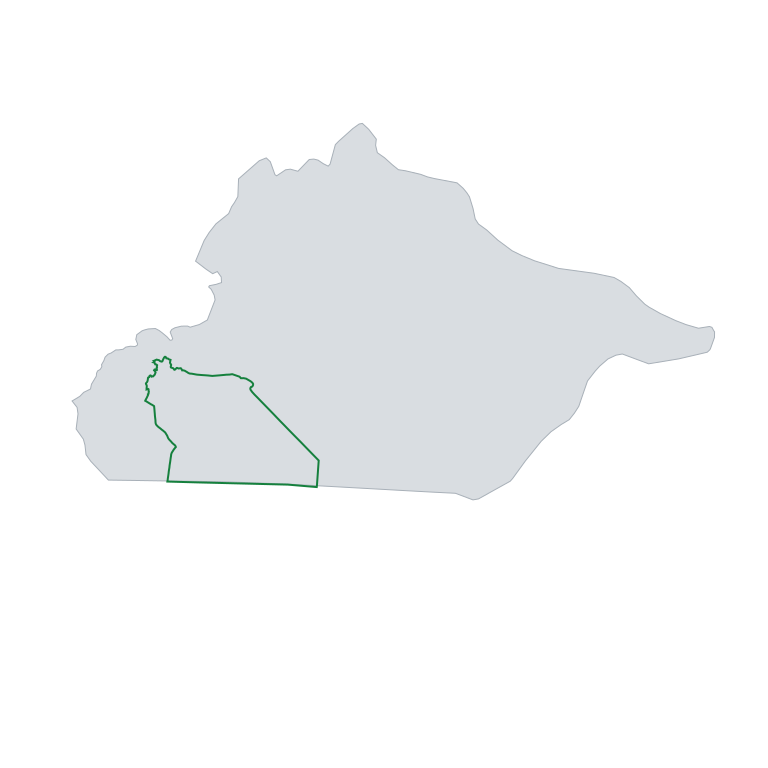 location of Duma, Rif Dimashq, Syria, rotated 37°
{"feature_id": "27442178B16442606574703", "entity_name": "Duma", "entity_type": "district", "adm_level": 2, "iso_a3": "SYR", "parent_name": "Syria", "parent_adm1": "Rif Dimashq", "projection": "equal_earth", "projection_center": [36.727, 33.326], "detail": "fine", "context": "in_parent", "style": "outline", "palette": "green", "viewbox_px": 768, "rotation_deg": 37, "n_neighbors": 0, "source": "geoboundaries", "source_scale": "gbopen_adm2", "svg_char_len": 5723}
<svg xmlns="http://www.w3.org/2000/svg" viewBox="0 0 768 768"><g transform="rotate(37 384 384)"><path d="M153.9,274.3L159.4,274.9L171.0,282.5L173.0,282.3L176.5,272.2L179.9,268.8L187.2,265.9L189.2,249.7L192.6,246.6L196.6,244.9L202.9,244.6L208.3,243.6L208.6,240.8L201.1,222.1L201.7,217.4L205.4,198.6L207.7,191.3L209.9,188.9L218.5,189.8L230.5,193.1L233.7,198.5L239.5,203.3L248.4,203.0L258.5,203.9L266.5,204.2L272.8,200.8L287.1,194.5L294.2,192.4L300.6,189.6L321.3,179.4L329.6,180.1L335.3,181.5L339.6,183.1L349.4,190.2L357.5,197.3L363.2,199.4L373.4,199.2L388.1,200.6L406.1,200.5L416.7,198.5L430.1,195.0L453.9,186.6L485.2,169.1L503.6,160.5L511.6,159.5L521.9,159.4L532.4,161.7L544.2,163.3L549.6,163.1L562.4,161.4L578.9,157.8L589.2,154.9L601.6,150.2L609.3,142.2L611.8,141.4L615.1,142.9L616.6,143.4L619.9,147.9L623.5,159.5L623.6,160.8L623.0,164.1L615.1,173.6L604.2,186.6L596.4,194.8L583.2,208.6L573.2,211.6L556.3,216.6L551.9,221.4L547.8,229.2L545.5,239.9L544.9,246.6L544.7,259.1L548.9,272.1L553.0,284.6L553.6,292.8L553.4,301.0L549.9,309.7L546.1,321.6L544.0,335.2L543.2,360.5L543.6,382.1L543.3,385.7L536.5,401.0L528.6,418.9L524.8,423.0L506.8,428.3L487.3,441.5L465.4,456.2L445.5,469.5L424.6,483.5L402.8,498.1L387.3,508.5L366.4,522.5L347.4,535.8L328.1,549.3L313.4,559.6L291.1,575.9L278.0,585.5L258.8,599.5L241.8,611.9L221.7,626.6L196.4,622.2L188.5,619.7L181.9,612.7L177.1,609.0L165.2,605.2L157.6,592.0L153.0,587.4L145.1,585.3L148.5,576.9L149.2,571.4L152.6,564.6L150.5,560.2L149.5,550.8L148.0,548.5L147.4,546.0L148.6,543.0L148.2,539.9L146.8,538.6L146.2,533.9L145.1,530.4L145.7,526.2L147.4,523.5L149.3,518.2L151.4,516.6L154.7,513.3L155.6,509.9L158.7,506.5L162.7,503.8L163.6,501.5L163.1,500.3L159.0,497.8L156.9,493.4L158.8,487.1L160.1,485.1L162.5,482.0L168.0,477.3L172.2,476.6L175.9,476.6L182.1,476.9L186.9,477.8L188.1,476.6L188.0,475.0L182.0,471.2L181.7,468.2L183.2,464.9L187.4,459.7L192.4,455.9L195.0,455.3L200.7,447.7L204.4,439.2L198.5,418.5L194.9,415.2L189.1,412.4L185.6,412.0L185.4,410.6L190.0,405.4L193.2,400.8L189.6,396.5L183.2,394.5L180.8,399.0L172.5,399.4L159.6,399.3L154.0,377.6L153.2,368.2L153.4,357.3L157.4,341.4L155.6,334.1L155.4,329.1L154.5,322.3L144.4,307.7L150.0,280.8L153.9,274.3Z" fill="#d9dde1" stroke="#a8b0b8" stroke-width="1"/><path d="M187.2,505.3L187.7,505.1L188.7,505.5L189.5,506.0L189.9,505.8L190.5,505.4L191.5,505.5L192.4,507.3L192.9,507.6L192.9,507.9L192.9,508.3L193.2,508.6L193.7,509.0L194.2,509.4L194.2,509.7L193.6,510.1L193.0,510.0L192.3,510.2L192.0,510.7L192.2,511.5L193.1,511.3L193.4,511.7L194.1,512.0L194.7,512.4L194.8,513.0L195.0,513.5L195.3,514.6L195.3,514.8L195.1,515.3L195.1,516.1L195.1,516.7L194.5,517.1L194.1,517.9L192.7,517.6L192.2,517.8L192.0,518.3L191.9,518.7L192.0,519.1L192.4,519.7L192.1,520.3L191.8,520.8L191.9,521.3L192.3,521.9L192.8,522.8L193.2,523.6L193.4,524.1L193.6,525.1L193.5,526.1L193.5,526.8L193.8,527.1L194.2,527.4L195.1,527.8L195.6,528.2L196.2,529.0L196.9,530.2L197.6,531.2L197.8,530.8L198.5,529.9L199.1,529.9L199.7,530.6L200.1,531.2L200.7,531.5L201.2,532.5L201.8,533.5L201.7,533.7L201.7,533.8L201.7,534.0L201.6,534.3L202.2,534.9L202.8,537.7L203.2,540.3L203.4,541.1L204.8,540.9L207.1,540.7L210.4,540.4L211.2,540.2L212.7,540.1L213.5,540.0L213.8,540.1L214.4,540.8L214.8,541.2L215.8,542.3L216.6,543.2L217.3,544.0L218.2,545.0L219.2,546.1L219.6,546.6L220.7,547.8L223.3,550.5L223.7,551.0L224.5,552.0L225.1,552.6L225.5,553.0L226.0,553.3L226.6,553.6L227.6,553.8L228.1,553.9L228.7,554.0L229.9,554.1L231.7,554.1L232.5,554.1L233.5,554.2L234.6,554.2L236.0,554.2L236.7,554.3L237.8,554.3L238.8,554.5L239.4,554.8L240.8,555.3L242.2,555.9L242.8,556.3L243.8,556.9L244.6,557.3L246.1,557.7L248.6,558.1L249.5,558.3L250.1,558.5L250.6,558.5L251.3,558.6L251.5,558.6L252.8,558.7L253.2,558.7L253.3,558.7L254.2,558.8L255.1,559.2L255.7,559.6L255.6,560.6L255.6,561.4L255.6,561.9L255.6,562.4L255.5,562.6L255.7,564.3L255.7,564.7L255.8,565.6L255.8,566.3L256.0,567.1L256.4,568.3L257.3,569.8L257.9,571.0L258.8,572.6L260.1,574.9L261.2,577.0L261.8,578.1L262.9,579.9L264.1,582.2L265.1,584.0L265.5,584.6L266.0,585.5L266.4,586.2L267.6,588.4L268.3,589.7L268.8,590.5L269.1,591.1L269.7,592.3L295.0,574.3L367.8,522.2L392.3,506.8L391.5,505.4L377.9,484.4L368.0,482.9L360.3,481.7L352.0,480.4L343.1,479.1L335.8,478.0L328.8,476.9L324.1,476.2L317.9,475.2L313.7,474.5L307.9,473.6L298.2,472.1L294.3,471.5L291.8,471.1L287.0,470.4L283.4,469.7L280.9,468.9L280.1,468.3L279.7,467.5L279.6,467.0L279.6,466.5L280.0,466.1L280.3,464.9L280.1,463.8L280.0,463.5L279.7,463.1L279.4,462.7L278.7,462.4L278.4,462.3L278.0,462.2L277.8,462.2L277.6,462.2L277.4,462.2L277.0,462.1L276.7,462.1L275.7,462.1L274.1,462.3L272.5,462.5L270.7,462.7L268.4,463.8L266.2,465.5L264.3,465.1L262.1,465.8L259.9,466.5L258.7,466.9L258.3,467.0L257.5,467.3L256.9,467.5L254.8,469.6L252.9,471.1L247.3,476.2L242.0,480.9L238.5,483.0L236.3,484.4L233.1,486.5L228.8,489.2L224.2,491.5L223.0,492.3L222.2,492.7L221.2,492.9L220.4,493.0L219.8,493.0L218.8,493.1L218.2,493.2L216.9,493.3L215.4,493.9L214.6,494.6L214.0,494.2L213.4,494.0L212.2,493.7L210.5,495.3L209.0,495.7L208.8,495.9L208.7,496.4L208.6,497.2L208.5,498.1L208.2,498.6L208.0,498.8L207.5,498.7L206.8,498.4L206.1,498.3L205.3,498.6L204.6,498.8L203.8,499.0L203.3,498.6L202.8,497.4L202.5,496.8L202.0,496.5L201.1,496.3L200.2,495.7L199.3,493.9L199.0,493.2L197.1,493.8L196.0,493.7L194.7,494.5L193.9,494.0L193.2,493.8L192.6,494.2L192.5,494.8L192.5,495.4L192.7,496.7L193.1,498.4L193.3,499.2L193.2,499.6L193.0,499.9L192.5,500.1L192.1,500.3L191.7,500.4L191.5,500.5L191.0,500.5L190.3,500.4L189.9,500.4L189.7,500.5L187.7,501.4L187.0,502.7L186.2,504.1L186.3,504.1L186.5,504.1L186.8,504.2L187.0,504.2L187.2,504.3L187.3,504.3L187.4,504.5L187.3,504.9L187.3,505.1L187.2,505.3L187.2,505.3Z" fill="none" stroke="#15803d" stroke-width="2"/></g></svg>